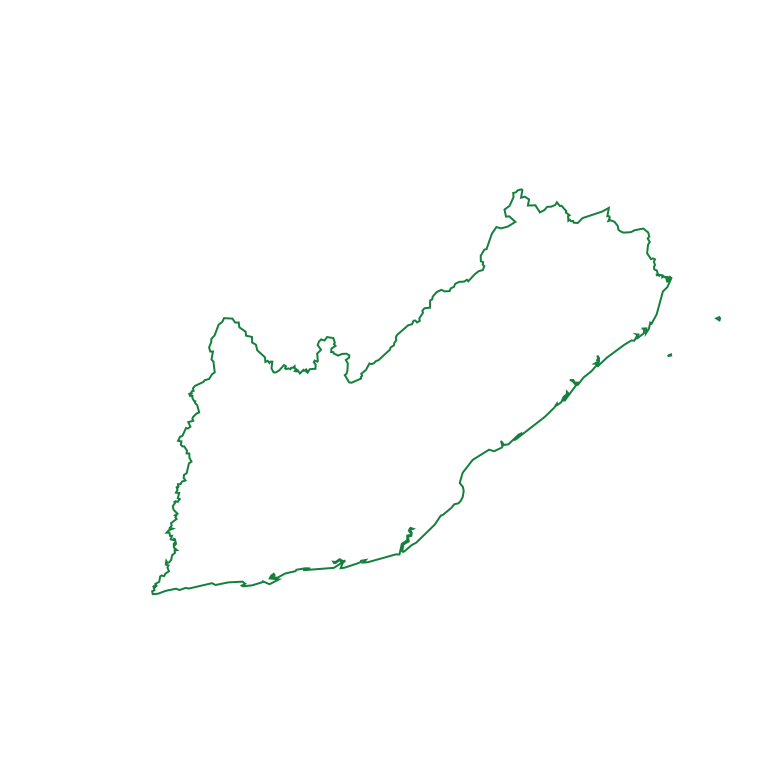 Maintirano, Melaky, Madagascar, rotated 234°
{"feature_id": "10022922B40533998311047", "entity_name": "Maintirano", "entity_type": "district", "adm_level": 2, "iso_a3": "MDG", "parent_name": "Madagascar", "parent_adm1": "Melaky", "projection": "natural_earth1", "projection_center": [44.435, -17.734], "detail": "fine", "context": "isolated", "style": "outline", "palette": "green", "viewbox_px": 768, "rotation_deg": 234, "n_neighbors": 0, "source": "geoboundaries", "source_scale": "gbopen_adm2", "svg_char_len": 6150}
<svg xmlns="http://www.w3.org/2000/svg" viewBox="0 0 768 768"><g transform="rotate(234 384 384)"><path d="M349.9,73.4L347.2,77.8L345.0,85.8L340.6,95.4L337.5,97.5L335.6,103.8L333.2,105.9L324.0,127.7L320.4,129.6L315.1,141.3L307.3,153.3L304.0,154.3L304.5,150.4L303.2,151.0L298.6,159.0L294.8,170.1L296.4,169.5L289.3,173.7L287.7,184.0L293.9,177.3L295.3,180.2L295.2,183.2L293.8,183.1L293.6,180.2L289.9,183.8L288.8,192.6L284.6,202.4L285.2,203.9L281.2,212.0L278.2,215.9L280.9,209.1L264.7,235.4L264.3,243.5L265.3,245.2L267.5,244.8L267.7,239.5L268.4,238.4L270.0,238.5L268.5,240.1L268.3,245.2L264.7,246.6L263.9,248.9L263.5,245.3L260.4,240.7L258.6,244.1L254.2,257.9L253.6,261.2L254.4,261.6L252.4,265.8L251.7,262.3L249.3,266.2L239.2,293.5L237.0,296.3L244.2,304.5L243.9,310.9L247.7,313.7L246.2,316.8L247.4,318.0L250.6,317.8L251.2,319.0L250.1,321.4L251.7,319.9L252.0,320.9L249.7,322.5L250.6,318.9L247.3,319.0L245.1,316.8L246.5,313.7L242.1,311.5L242.8,305.4L237.9,300.4L236.9,300.7L236.7,302.8L237.4,311.7L236.7,316.7L240.4,342.4L244.2,352.7L243.5,354.2L244.2,365.8L245.4,370.2L243.7,374.1L244.4,377.6L246.5,381.5L250.6,385.6L254.4,387.3L259.4,387.1L260.8,388.8L266.0,395.6L270.5,411.2L269.1,430.4L264.9,433.5L263.4,441.6L263.7,443.1L269.2,445.2L264.1,445.3L262.1,449.2L263.9,463.2L263.1,467.2L262.2,456.7L261.7,457.7L262.9,495.0L264.8,508.0L266.6,512.4L265.1,511.8L265.1,516.8L268.1,522.0L268.2,525.8L270.2,527.4L267.4,527.7L265.9,521.3L265.0,519.8L264.4,520.5L270.1,538.7L275.4,538.3L278.0,536.8L275.8,539.5L272.9,539.1L271.3,541.5L269.8,539.5L269.4,540.5L272.0,549.4L272.4,559.3L274.1,566.7L275.1,567.9L276.7,566.2L276.2,570.5L277.9,570.3L279.1,572.3L281.6,573.3L278.7,573.2L275.9,571.2L272.6,566.6L274.3,579.8L274.5,601.7L273.8,609.7L271.9,612.0L274.6,617.7L275.9,617.3L274.5,618.8L273.3,615.4L272.1,615.5L272.3,624.1L275.8,626.9L277.4,625.0L274.8,628.9L271.0,625.7L272.9,630.7L277.1,635.5L275.5,635.9L280.0,645.4L294.9,664.0L295.8,670.2L300.8,678.8L302.5,678.3L300.1,674.6L300.4,673.3L302.9,674.2L302.2,675.8L303.8,676.5L305.7,673.5L306.9,673.6L306.9,671.9L308.3,673.0L310.0,671.5L309.4,669.6L310.4,670.8L311.2,669.4L311.8,670.8L312.0,667.9L312.3,670.3L315.5,671.4L317.9,670.0L320.4,671.6L320.9,673.2L324.1,674.1L325.6,676.5L327.6,675.3L328.1,673.4L335.1,673.7L341.4,679.4L342.7,682.5L346.7,682.8L347.4,685.3L351.2,686.8L357.3,685.2L361.1,677.1L361.7,673.0L365.7,666.7L368.2,665.2L371.0,664.3L374.5,666.0L379.8,665.8L383.1,663.7L384.0,661.3L385.8,664.4L387.3,664.8L388.4,663.3L394.3,669.4L395.3,661.7L401.5,642.2L400.4,635.3L403.0,632.3L404.8,632.8L405.7,631.0L407.8,630.8L407.7,629.1L411.6,631.6L411.5,633.3L415.9,631.9L416.7,633.1L423.8,632.4L424.6,630.9L429.4,630.7L428.2,627.9L429.1,623.7L431.4,620.1L430.4,615.9L431.2,611.0L439.6,611.5L443.8,605.3L448.0,609.8L452.7,608.1L454.2,604.4L459.5,609.9L460.6,609.7L462.0,606.4L461.6,603.2L462.6,600.8L459.1,598.7L454.3,590.3L454.3,584.0L447.7,581.1L446.0,583.9L437.9,585.6L438.6,576.8L441.0,570.3L444.9,567.2L442.2,559.6L432.8,546.2L433.7,544.2L430.9,537.6L426.4,534.5L424.3,535.8L422.5,534.0L420.4,534.5L418.1,530.8L419.6,527.1L419.5,522.4L417.6,512.6L419.6,512.4L419.7,509.1L422.4,504.9L423.2,500.4L421.5,497.7L422.1,494.1L420.6,491.7L423.2,487.6L426.5,485.7L427.4,480.8L426.1,474.8L424.2,472.9L424.5,470.5L418.7,466.1L421.5,461.2L420.6,458.0L418.7,457.4L416.3,451.1L414.0,450.0L414.4,446.9L416.9,446.7L417.8,445.1L415.9,441.8L417.3,438.1L416.0,423.4L414.9,421.1L412.1,419.6L411.3,416.7L409.4,414.6L409.7,410.7L408.3,409.0L406.5,393.4L407.3,391.1L406.7,388.0L407.5,385.5L409.2,384.3L406.0,377.7L405.6,371.6L403.5,371.2L403.2,369.3L401.9,368.6L404.1,358.5L405.7,356.8L414.3,357.5L414.2,359.5L416.7,362.6L422.1,366.9L425.9,367.2L425.8,371.2L427.5,372.8L430.5,371.5L432.9,367.9L433.9,363.6L438.3,361.3L439.5,361.8L440.9,360.0L443.6,362.4L443.3,367.2L445.7,366.9L446.3,368.5L450.9,370.0L455.4,365.6L454.2,361.4L457.0,359.4L456.5,356.1L454.4,353.2L448.7,353.2L447.9,347.8L441.5,344.0L441.4,343.0L443.7,341.7L442.9,340.0L439.9,340.1L436.6,337.5L439.6,332.6L438.1,328.9L439.7,328.7L439.9,327.5L440.1,329.4L441.5,329.7L441.8,327.0L442.8,327.0L441.9,322.2L445.9,322.3L446.5,321.5L445.6,320.7L446.9,319.5L447.6,321.7L449.1,321.1L450.9,322.1L450.6,319.9L451.7,318.4L451.0,317.0L452.7,315.9L453.6,313.5L454.9,313.2L455.9,315.1L458.1,314.2L456.6,307.4L456.9,303.2L458.4,301.5L462.8,302.2L467.7,306.8L468.8,305.4L468.3,303.7L471.1,303.5L471.6,301.0L475.5,303.4L485.9,301.3L491.1,303.5L495.0,301.7L499.7,304.8L504.2,300.8L507.6,302.8L514.9,300.3L519.1,302.6L521.2,299.7L526.0,299.8L531.3,293.3L529.3,289.7L529.2,285.1L522.9,275.5L521.9,270.8L519.3,268.7L516.4,264.0L512.4,262.5L510.8,264.7L505.2,258.8L502.4,259.2L492.9,253.9L493.0,250.8L490.9,245.5L492.5,241.0L491.8,239.2L493.6,229.8L492.8,226.9L490.4,225.9L491.1,224.1L490.1,223.2L490.3,221.4L489.5,222.0L489.6,220.4L488.3,220.1L487.1,222.1L485.4,220.8L482.0,220.3L480.9,221.2L480.0,220.0L476.7,220.4L469.6,217.8L470.3,215.1L469.5,210.0L468.5,208.5L466.4,208.1L468.2,203.2L463.2,202.3L463.3,199.1L464.8,198.0L460.5,190.4L461.2,188.1L459.1,184.0L456.6,186.4L454.2,183.9L452.0,184.2L450.9,185.7L445.8,185.4L443.9,183.5L442.2,185.6L438.6,183.2L434.3,182.6L434.5,179.6L427.8,171.9L428.0,168.7L425.7,166.7L422.6,166.7L423.8,163.2L422.6,160.5L424.0,158.4L421.6,157.3L421.4,155.9L422.4,156.8L422.3,155.5L419.8,154.8L418.4,151.8L416.2,154.3L412.8,150.0L410.9,151.1L409.9,147.8L411.6,146.6L411.7,145.1L410.6,145.1L409.3,141.3L405.8,139.8L400.5,140.7L400.6,137.8L399.5,138.5L398.8,136.9L396.7,136.8L396.6,129.9L394.2,129.0L393.5,126.2L391.1,128.1L392.2,124.0L391.5,120.7L389.9,123.0L386.8,121.6L385.8,123.3L383.7,120.2L381.2,122.2L382.1,123.1L381.3,123.6L376.9,121.8L376.6,120.4L378.4,120.8L378.3,120.0L375.3,117.9L371.3,118.8L372.5,116.8L370.3,115.7L370.0,111.9L366.9,108.6L365.9,105.3L366.6,103.7L368.8,103.9L366.2,101.3L363.9,103.0L362.8,100.9L358.9,100.0L359.1,95.7L357.8,93.3L359.8,91.5L359.9,89.8L356.1,85.9L356.6,81.5L354.5,81.4L354.1,79.0L355.6,79.5L355.7,78.4L352.1,77.1L352.6,74.6L349.9,73.4ZM241.0,694.6L241.7,691.4L238.3,692.8L239.6,694.5L241.0,694.6ZM239.2,633.6L239.8,632.1L239.7,629.8L238.3,633.1L239.2,633.6Z" fill="none" stroke="#15803d" stroke-width="2"/></g></svg>